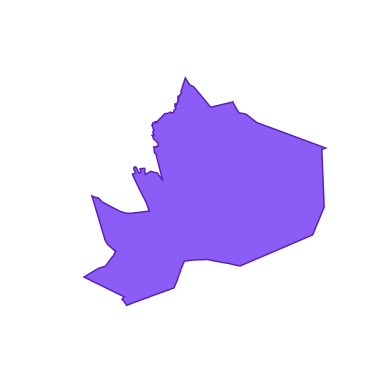 outline of Tlalnepantla, Morelos, Mexico, rotated 148°
{"feature_id": "50627088B24225931260184", "entity_name": "Tlalnepantla", "entity_type": "district", "adm_level": 2, "iso_a3": "MEX", "parent_name": "Mexico", "parent_adm1": "Morelos", "projection": "albers", "projection_center": [-98.964, 19.03], "detail": "fine", "context": "isolated", "style": "filled", "palette": "violet", "viewbox_px": 384, "rotation_deg": 148, "n_neighbors": 0, "source": "geoboundaries", "source_scale": "gbopen_adm2", "svg_char_len": 3788}
<svg xmlns="http://www.w3.org/2000/svg" viewBox="0 0 384 384"><g transform="rotate(148 192 192)"><path d="M198.4,111.6L192.7,105.9L190.5,103.8L112.4,91.7L110.3,93.2L87.9,109.2L78.4,125.9L64.8,149.8L59.3,159.3L55.4,158.5L100.3,216.6L104.9,229.3L108.0,232.4L110.1,233.9L110.2,238.8L109.9,245.1L109.6,246.9L111.1,247.2L131.2,254.0L134.8,280.2L137.2,284.2L137.2,292.3L147.0,284.0L148.2,283.0L148.2,282.2L147.9,282.0L148.0,281.8L149.0,281.5L150.0,281.2L152.1,280.0L152.5,280.1L152.9,280.6L153.0,280.5L153.4,280.4L153.9,279.8L154.0,279.4L154.2,279.1L153.6,278.8L153.8,278.3L154.6,278.4L155.0,276.4L155.8,276.8L157.9,274.9L158.1,274.7L158.4,274.5L159.5,275.6L159.7,275.8L160.1,275.5L160.2,275.2L160.3,274.7L159.8,274.5L159.3,274.0L159.5,273.7L161.1,273.8L161.3,271.5L161.8,271.6L162.9,270.9L164.0,270.8L164.3,269.9L164.6,270.0L164.9,269.7L165.2,269.7L165.3,269.4L165.7,269.3L166.2,269.4L166.4,269.2L167.0,269.6L167.1,270.0L167.4,270.3L167.6,270.7L167.8,271.0L168.2,271.3L169.0,271.3L170.0,271.2L173.6,272.8L178.4,271.6L180.7,271.1L182.2,270.7L183.7,270.4L184.6,270.2L185.1,270.6L185.2,270.2L185.2,269.6L185.6,270.0L186.0,271.2L186.4,271.2L186.6,270.9L186.7,270.6L187.0,270.8L188.5,270.8L188.7,271.3L189.1,271.0L189.3,270.6L189.6,270.2L189.6,269.8L190.1,269.8L190.6,269.9L190.8,269.0L190.8,268.5L190.9,268.3L190.9,267.4L191.1,266.7L191.5,266.1L191.4,264.8L191.9,264.7L193.8,263.1L193.9,261.7L194.2,260.1L195.0,260.8L195.6,261.3L196.0,261.2L195.9,261.0L195.7,260.4L195.9,259.4L196.3,258.3L196.5,257.2L196.1,256.2L195.7,254.6L195.3,253.0L195.0,251.7L195.8,249.1L196.6,248.6L197.3,249.5L198.2,248.7L199.3,249.9L199.9,250.2L200.4,250.4L200.7,250.5L201.1,249.1L201.4,248.2L201.9,247.3L202.7,246.0L203.2,245.0L202.3,243.7L210.5,218.2L210.8,219.7L211.1,222.1L211.3,226.4L213.5,228.6L214.1,229.3L214.5,229.8L215.0,230.4L216.1,231.5L217.0,231.5L218.1,231.5L219.0,231.5L222.2,231.6L221.1,234.4L220.8,234.9L220.1,235.9L219.6,237.1L221.4,238.1L223.5,239.2L224.2,238.7L224.5,237.2L224.9,236.0L225.0,235.6L226.2,235.9L226.4,236.0L227.2,236.2L226.7,239.0L226.5,239.8L226.5,241.4L226.3,242.8L226.7,243.4L227.7,243.6L228.6,243.3L229.3,242.0L229.5,239.2L230.0,238.0L232.9,238.8L233.3,238.0L234.0,231.9L234.5,227.6L234.6,226.2L234.9,223.7L235.0,222.9L235.0,222.7L235.2,221.0L235.3,219.4L235.4,218.8L236.4,207.2L238.3,198.4L255.7,206.6L259.8,209.6L263.5,214.1L271.7,228.1L273.6,231.5L274.5,236.5L277.9,240.0L278.9,241.8L281.1,233.8L281.4,232.7L282.1,230.0L282.6,228.4L285.6,217.3L286.0,216.0L286.4,214.6L290.2,200.8L291.2,197.3L291.3,194.2L291.3,191.8L288.2,182.0L288.6,181.9L289.3,181.8L289.5,181.7L290.1,180.9L290.3,180.8L290.7,180.6L291.1,180.4L291.5,180.3L291.7,180.1L292.1,179.7L292.5,179.3L292.9,179.4L293.3,179.4L293.6,179.4L295.0,178.8L303.4,175.5L303.8,175.4L304.7,175.0L306.7,175.5L307.1,175.6L308.5,176.0L310.3,176.5L311.5,176.8L312.4,176.7L314.5,176.9L316.3,176.9L318.1,176.9L319.5,177.0L320.0,177.0L320.3,177.0L320.5,177.0L321.2,177.0L321.4,177.0L321.5,177.0L322.4,177.0L328.6,177.1L326.7,173.9L325.0,171.3L324.9,170.8L320.2,163.4L314.3,153.9L305.0,139.0L307.7,138.4L307.7,137.7L307.9,137.6L308.3,137.5L307.6,135.9L307.6,130.6L306.4,130.3L304.0,129.8L300.3,129.1L298.8,129.0L297.8,128.6L290.3,127.0L289.4,126.8L288.5,126.8L288.4,126.8L287.5,126.4L286.7,126.2L286.2,126.0L281.7,125.3L275.4,123.9L272.2,123.2L269.1,122.5L268.5,122.4L267.5,122.2L266.5,122.0L265.9,121.8L265.5,121.8L264.2,121.4L262.6,121.1L261.2,120.9L260.5,120.8L260.2,120.7L259.8,120.6L259.6,120.6L259.1,120.5L258.7,120.3L258.4,120.2L258.1,120.2L255.3,122.2L254.9,122.5L254.5,122.7L254.2,122.9L250.5,125.6L250.5,125.8L246.7,128.8L244.6,130.4L243.4,131.1L242.8,132.2L240.9,133.3L239.3,134.5L237.0,136.2L235.0,137.4L226.1,133.2L215.7,127.1L215.3,127.2L209.4,121.5L198.4,111.6Z" fill="#8b5cf6" stroke="#5b21b6" stroke-width="1.5"/></g></svg>